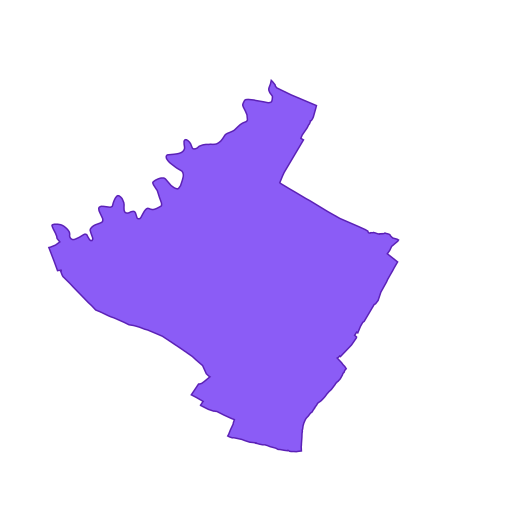 Cavadinesti, Galati, Romania, rotated 224°
{"feature_id": "2599482B39355848993801", "entity_name": "Cavadinesti", "entity_type": "district", "adm_level": 2, "iso_a3": "ROU", "parent_name": "Romania", "parent_adm1": "Galati", "projection": "equal_earth", "projection_center": [28.047, 46.057], "detail": "fine", "context": "isolated", "style": "filled", "palette": "violet", "viewbox_px": 512, "rotation_deg": 224, "n_neighbors": 0, "source": "geoboundaries", "source_scale": "gbopen_adm2", "svg_char_len": 6156}
<svg xmlns="http://www.w3.org/2000/svg" viewBox="0 0 512 512"><g transform="rotate(224 256 256)"><path d="M411.2,130.4L406.9,129.9L407.8,124.6L410.1,119.4L410.9,118.2L397.6,112.0L388.6,107.6L388.3,108.1L386.9,109.6L386.5,110.4L385.8,110.1L385.7,109.9L386.0,109.5L385.8,109.3L382.4,107.7L380.6,107.1L370.8,107.0L365.4,106.7L344.3,106.0L340.2,106.1L333.8,105.8L329.6,107.5L320.6,110.5L318.0,111.5L315.3,112.8L304.7,116.7L299.6,118.3L296.0,120.8L294.1,121.9L290.3,123.9L285.3,126.0L282.6,127.5L273.3,131.1L267.5,133.3L245.5,137.3L232.0,139.5L226.9,139.6L218.3,140.1L210.0,136.8L206.7,136.8L205.2,137.1L206.1,129.3L206.6,126.6L207.2,125.5L207.8,124.6L208.4,124.0L206.1,111.2L200.7,112.8L193.0,114.7L192.7,112.5L192.4,111.2L192.3,110.1L192.1,110.0L183.7,112.6L178.7,115.0L178.1,115.6L177.0,116.3L176.3,116.9L175.8,117.1L168.6,119.3L160.4,122.2L157.9,123.3L156.3,120.0L155.7,119.3L153.7,113.4L151.8,108.8L151.3,106.9L149.3,107.5L146.8,108.7L145.9,109.7L145.2,110.2L138.8,114.2L135.7,115.5L131.2,117.7L126.7,121.2L126.7,120.9L125.9,121.2L125.2,121.8L122.9,123.0L120.2,124.7L118.2,126.6L117.5,126.8L116.3,127.5L113.3,128.7L113.0,128.9L108.3,131.5L105.7,132.2L104.4,133.4L100.5,136.0L98.1,137.8L98.2,138.2L97.9,138.5L96.3,138.8L95.1,139.6L94.3,140.3L93.0,141.6L91.1,143.2L90.0,144.7L87.9,147.3L91.1,150.3L91.9,151.4L92.9,152.5L97.0,157.4L99.7,160.4L100.8,162.0L101.9,163.0L102.1,163.7L104.3,166.7L104.9,167.9L105.5,169.0L106.7,172.2L107.0,173.2L107.2,174.5L107.2,177.3L107.6,180.2L107.6,181.2L107.3,182.6L107.4,183.2L107.8,184.7L108.2,187.5L108.4,187.5L108.9,191.3L109.1,191.8L109.3,192.5L109.3,193.6L108.8,196.0L108.6,197.3L108.6,200.2L108.7,202.7L109.2,206.5L109.2,207.6L109.3,209.1L109.1,211.8L109.1,212.5L109.8,218.4L110.0,219.2L110.2,219.6L110.2,220.0L110.0,220.7L110.2,221.7L109.9,223.0L110.0,223.3L110.0,225.3L110.1,226.5L110.4,227.2L110.4,227.6L110.7,228.6L111.2,230.5L111.7,231.5L111.9,232.2L111.8,233.5L112.2,234.1L112.5,235.0L112.7,235.5L112.8,237.6L115.4,238.2L118.1,238.3L120.3,238.7L126.7,239.0L126.3,240.8L126.4,242.2L125.4,242.3L125.5,258.4L126.9,266.8L127.4,267.6L130.0,267.5L130.7,271.2L129.4,271.4L132.0,278.0L133.1,282.3L132.8,284.2L137.3,303.2L136.8,304.6L137.3,308.9L141.1,316.8L144.1,328.1L145.0,330.5L146.4,335.9L147.5,340.4L148.3,343.1L149.2,346.7L150.0,350.1L163.1,348.8L163.7,352.9L165.1,357.1L165.1,357.6L164.9,359.0L164.8,360.4L164.3,365.1L164.6,366.5L166.2,366.1L170.2,363.9L172.9,363.9L174.4,364.3L175.3,364.1L176.6,363.5L178.2,362.5L179.2,362.1L179.5,361.1L179.7,360.7L180.8,359.7L180.7,359.5L181.5,358.8L181.4,358.7L181.6,358.8L182.1,358.3L182.6,357.7L182.3,357.5L182.4,357.4L182.7,357.5L183.0,357.1L183.7,356.6L186.5,355.3L187.9,354.5L187.9,354.2L188.8,353.2L189.0,353.1L189.6,352.6L189.9,352.0L189.8,351.7L190.5,351.2L191.4,350.9L192.6,351.4L192.7,351.5L193.0,351.6L193.5,351.4L195.7,350.9L203.0,348.3L221.7,341.3L235.2,337.8L255.7,333.2L260.0,332.0L272.0,329.2L278.5,327.6L288.1,325.4L289.8,325.2L292.6,332.2L293.8,335.7L302.5,372.5L305.5,371.8L306.8,375.1L308.2,383.6L309.3,387.1L309.3,388.1L310.3,390.5L310.8,390.9L310.3,391.9L310.7,394.0L311.3,395.8L315.4,403.4L317.0,406.2L342.7,396.3L357.7,391.4L359.9,391.6L361.2,392.4L365.2,392.9L367.0,392.9L365.1,389.8L363.7,386.5L363.2,385.5L362.7,384.9L362.2,384.4L361.6,384.0L359.8,383.2L359.1,383.0L356.0,382.5L355.3,382.3L354.7,381.9L353.1,379.9L352.5,378.9L352.2,378.3L352.1,377.6L352.1,377.1L352.4,376.4L353.3,375.1L353.7,374.7L355.4,373.6L357.8,372.1L364.5,367.5L365.7,366.9L370.4,363.2L371.9,361.5L372.2,360.7L372.3,360.1L371.6,357.7L370.9,356.0L370.2,355.2L368.7,354.4L364.4,352.9L360.6,351.3L357.2,348.4L356.7,347.9L356.4,347.2L356.4,345.9L357.6,343.2L358.0,342.2L358.6,339.6L358.8,336.8L359.0,331.4L359.6,329.4L360.7,326.7L361.8,324.3L362.3,322.4L362.3,321.3L361.5,317.3L361.2,314.5L361.4,312.4L361.6,311.3L362.2,309.3L363.0,308.1L364.6,306.3L366.5,304.7L367.6,303.3L368.3,302.7L369.6,301.4L371.2,299.3L371.7,298.4L373.1,295.5L373.3,292.9L373.6,292.1L373.9,291.3L375.0,289.9L375.5,289.6L376.1,289.4L377.0,289.5L381.0,291.3L382.9,291.7L385.1,291.7L386.8,291.3L387.5,290.7L387.8,290.1L387.7,289.3L387.5,288.6L385.4,286.5L383.3,284.9L382.3,284.0L381.8,283.1L381.3,281.6L381.3,280.2L381.6,278.5L382.6,276.4L383.8,274.6L385.7,272.2L389.9,267.3L390.1,266.6L390.0,265.9L389.7,265.2L388.7,264.3L387.9,263.9L385.7,263.4L383.2,263.2L381.7,263.3L375.6,264.0L373.7,264.3L368.3,265.6L366.6,265.2L365.0,264.2L363.8,263.0L362.9,261.6L361.6,259.3L359.1,254.1L358.7,251.1L358.9,249.9L360.3,249.0L361.5,248.5L362.5,248.2L366.0,247.7L374.7,248.5L375.8,248.3L376.4,248.1L376.9,247.7L378.3,246.3L378.9,245.5L379.9,243.6L381.0,240.7L381.4,238.4L381.4,237.6L381.2,237.1L380.7,236.7L379.2,236.0L375.0,235.0L372.5,234.5L366.0,231.0L362.9,229.5L360.7,228.4L360.0,227.7L359.4,227.2L359.0,226.6L359.0,225.8L359.7,223.5L360.6,220.9L361.6,218.9L362.1,218.2L362.8,217.4L364.6,216.3L366.1,215.7L367.1,215.0L367.5,214.0L367.6,213.3L367.6,212.3L367.4,210.5L366.6,207.4L365.6,204.0L365.5,203.2L365.5,202.3L365.9,201.7L366.4,201.2L366.9,200.8L367.5,200.7L368.1,200.8L372.5,203.2L373.8,203.5L374.4,203.4L374.9,203.2L375.4,202.8L376.0,201.9L376.6,201.1L377.4,198.8L378.2,197.6L378.8,197.1L380.0,196.5L380.7,196.5L381.5,196.7L382.7,197.3L384.6,199.1L386.5,201.2L388.1,202.5L391.0,203.8L392.4,204.3L394.3,204.4L396.0,204.2L396.6,204.0L397.4,203.3L397.7,202.2L397.4,199.8L396.4,196.9L395.4,194.7L394.5,193.2L393.9,191.9L394.0,191.3L394.7,189.8L400.0,185.9L401.7,184.4L402.1,183.8L402.6,182.4L402.5,181.6L402.1,180.9L400.3,179.5L398.1,178.6L392.3,176.4L391.1,175.4L390.3,174.1L390.5,172.7L391.0,171.4L393.2,166.9L393.7,165.5L394.1,163.5L394.1,162.1L393.9,160.5L393.6,159.9L393.2,159.3L390.6,157.8L386.5,155.8L385.2,154.9L384.7,153.2L385.5,152.3L387.0,152.1L390.0,152.9L392.7,153.8L394.2,153.0L394.8,151.7L396.1,146.7L397.7,142.6L398.4,141.3L399.5,140.3L401.0,139.9L402.6,140.1L404.0,140.9L404.9,142.0L406.0,143.0L407.4,143.7L408.8,144.0L410.4,144.2L411.9,144.2L413.5,144.1L415.1,143.9L416.6,143.5L418.1,142.9L419.3,142.1L420.6,141.2L423.0,138.9L423.2,138.7L424.1,137.1L424.1,136.4L423.1,135.7L420.8,134.7L415.8,133.0L414.4,132.3L413.5,132.0L411.2,130.4Z" fill="#8b5cf6" stroke="#5b21b6" stroke-width="1.5"/></g></svg>